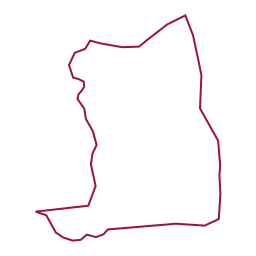 Mityana, Robinson projection
{"feature_id": "UGA-3094", "entity_name": "Mityana", "entity_type": "County", "adm_level": 1, "iso_a3": "UGA", "parent_name": "Uganda", "parent_adm1": "", "projection": "robinson", "projection_center": [32.026, 0.462], "detail": "fine", "context": "isolated", "style": "outline", "palette": "rose", "viewbox_px": 256, "rotation_deg": 0, "n_neighbors": 0, "source": "natural_earth", "source_scale": "10m", "svg_char_len": 667}
<svg xmlns="http://www.w3.org/2000/svg" viewBox="0 0 256 256"><path d="M122.4,47.2L139.1,46.6L147.1,40.0L167.1,24.5L185.3,15.4L193.0,35.2L198.9,62.8L201.4,75.4L200.0,108.4L218.1,140.7L220.2,165.8L219.4,175.0L220.4,193.4L218.8,219.0L204.7,225.6L175.6,223.7L167.8,224.4L116.6,228.7L107.9,229.4L103.5,234.3L96.0,237.1L86.8,234.7L80.8,239.8L72.8,240.6L63.4,237.6L55.9,232.6L46.3,215.3L35.6,211.6L88.3,205.7L95.6,186.0L90.9,164.3L92.5,153.6L96.6,144.9L92.9,131.3L85.9,118.9L84.2,108.5L77.5,99.0L78.5,94.3L81.7,90.7L84.2,86.5L83.7,81.6L78.7,79.1L73.1,77.6L69.0,65.1L74.7,52.9L85.2,48.8L90.2,40.6L100.6,43.4L122.4,47.2Z" fill="none" stroke="#9f1239" stroke-width="2"/></svg>